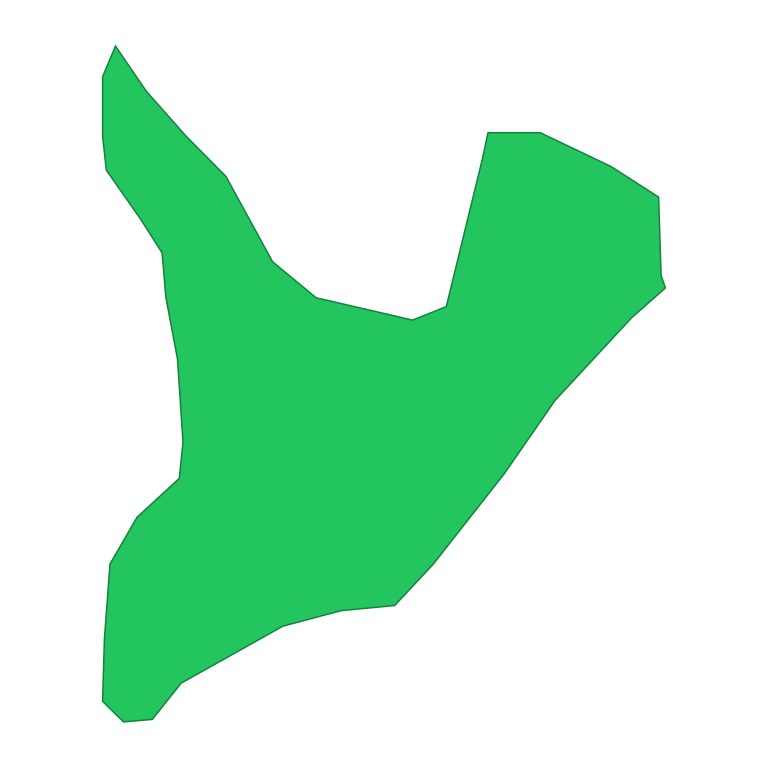 an SVG outline of Aračinovo
{"feature_id": "MKD-2919", "entity_name": "Aračinovo", "entity_type": "Statistical Region", "adm_level": 1, "iso_a3": "MKD", "parent_name": "North Macedonia", "parent_adm1": "", "projection": "mercator", "projection_center": [21.571, 42.028], "detail": "fine", "context": "isolated", "style": "filled", "palette": "green", "viewbox_px": 768, "rotation_deg": 0, "n_neighbors": 0, "source": "natural_earth", "source_scale": "10m", "svg_char_len": 621}
<svg xmlns="http://www.w3.org/2000/svg" viewBox="0 0 768 768"><path d="M110.0,708.7L102.6,701.3L104.4,639.1L110.0,564.0L137.0,517.3L179.3,478.3L183.0,442.1L177.5,359.1L165.8,296.9L162.1,252.9L140.7,219.3L106.3,170.1L102.6,136.2L102.6,76.7L115.5,46.1L146.2,91.1L186.1,136.2L226.0,176.5L272.6,261.8L316.2,297.8L412.5,320.1L446.3,306.6L482.5,158.5L488.0,132.7L540.2,132.7L610.8,166.4L658.6,197.1L661.1,275.4L665.4,287.9L631.6,317.8L554.9,400.6L504.6,473.3L433.4,564.0L394.7,605.5L341.3,610.6L283.0,626.1L218.0,662.5L181.2,683.1L152.3,719.4L123.5,721.9L110.0,708.7Z" fill="#22c55e" stroke="#15803d" stroke-width="1.5"/></svg>